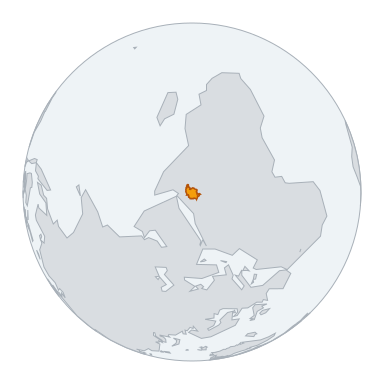 globe centered on Amhara, rotated 180°
{"feature_id": "ETH-3109", "entity_name": "Amhara", "entity_type": "Administrative State", "adm_level": 1, "iso_a3": "ETH", "parent_name": "Ethiopia", "parent_adm1": "", "projection": "orthographic", "projection_center": [38.049, 11.266], "detail": "fine", "context": "on_globe", "style": "filled", "palette": "amber", "viewbox_px": 384, "rotation_deg": 180, "n_neighbors": 0, "source": "natural_earth", "source_scale": "10m", "svg_char_len": 11156}
<svg xmlns="http://www.w3.org/2000/svg" viewBox="0 0 384 384"><g transform="rotate(180 192 192)"><circle cx="192" cy="192" r="169" fill="#eef3f6" stroke="#a8b0b8"/><path d="M142.1,30.6L138.4,31.8L136.6,32.4L142.1,30.6ZM119.7,39.3L114.1,42.1L108.8,45.0L106.3,46.4L110.4,44.4L99.7,50.9L91.2,57.9L88.5,59.8L85.0,61.6L87.1,59.6L97.4,52.0L108.3,45.2L119.7,39.3ZM84.5,61.7L82.4,63.4L84.5,61.7ZM77.2,68.1L76.3,68.8L76.0,69.2L78.1,67.4L75.6,69.8L73.8,71.2L77.2,68.1ZM23.6,177.9L23.5,180.2L23.2,188.1L23.1,192.1L23.3,194.6L23.4,197.5L26.9,207.1L30.9,217.2L32.3,227.3L31.8,236.8L38.2,259.8L38.9,263.5L34.0,251.9L30.0,240.0L26.9,227.9L24.7,215.5L23.4,203.0L23.0,190.5L23.6,177.9ZM157.5,26.6L158.0,26.5L155.3,27.1L154.4,27.3L157.5,26.6ZM146.5,29.7L147.8,29.1L150.5,28.5L146.5,29.7ZM158.7,26.4L159.7,26.2L160.9,25.9L161.3,25.9L158.7,26.4ZM171.3,24.3L170.9,24.4L171.3,24.3ZM165.4,25.3L158.6,26.5L155.6,27.4L153.2,28.0L158.4,26.5L165.4,25.3ZM162.8,25.6L166.7,25.0L165.3,25.2L163.0,25.6L162.5,25.6L162.8,25.6ZM165.0,25.4L166.6,25.1L165.0,25.4L165.0,25.4ZM173.3,24.1L173.6,24.0L174.9,23.9L173.3,24.1ZM169.6,24.8L167.4,25.1L167.0,25.1L169.6,24.8ZM171.7,24.4L173.4,24.2L168.2,24.9L171.6,24.4L171.7,24.4ZM174.5,24.0L175.3,23.9L174.2,24.0L174.5,24.0ZM172.5,25.0L166.0,25.8L165.1,25.6L171.5,24.8L172.5,25.0ZM273.4,44.0L276.3,45.8L288.8,54.4L288.8,53.7L292.7,56.3L306.9,68.2L321.9,86.3L327.3,92.1L330.2,96.3L331.4,99.1L327.1,93.1L324.7,91.2L322.1,87.7L322.5,91.1L318.8,86.2L320.9,91.7L324.4,95.4L325.5,93.8L328.9,101.4L334.9,108.0L340.0,116.9L344.3,134.2L342.2,140.7L343.0,143.8L339.9,140.9L339.3,147.7L347.7,163.8L348.6,168.9L345.9,179.9L345.2,176.1L337.2,168.6L338.1,181.1L344.3,190.0L346.5,201.6L342.8,198.8L340.3,188.7L337.4,185.7L336.4,175.0L330.7,160.0L326.8,163.9L325.5,157.6L317.0,146.0L310.5,151.5L301.3,170.1L302.8,186.4L298.4,194.3L286.3,172.2L281.3,157.0L276.6,159.0L264.4,147.1L242.4,148.1L239.6,144.3L235.4,146.4L226.8,142.9L222.5,136.7L217.2,137.4L228.7,153.8L234.4,153.2L239.6,146.4L241.6,152.5L249.9,157.5L239.8,173.0L207.6,187.8L205.0,175.7L183.1,143.1L184.1,139.5L184.0,139.1L183.7,138.4L181.2,144.3L177.6,138.0L188.8,160.5L190.4,170.4L207.2,188.5L205.5,190.5L211.0,194.2L229.3,188.9L229.3,193.0L220.4,212.3L195.4,238.4L199.0,255.4L197.8,269.6L183.0,279.1L185.0,289.8L177.5,293.5L177.5,299.5L171.9,305.7L162.2,311.3L144.9,310.7L143.2,305.4L133.6,294.5L120.0,267.9L123.7,256.0L121.9,246.3L109.5,224.0L112.1,212.2L109.0,206.8L102.3,207.6L98.8,201.2L94.8,200.7L70.8,202.3L64.0,193.4L57.1,167.9L61.8,158.9L63.5,147.8L96.8,114.4L102.8,117.2L127.8,114.5L130.8,116.0L126.7,124.1L144.6,135.4L151.7,128.7L169.0,135.0L181.2,135.0L187.5,119.6L167.5,119.1L165.2,111.6L182.1,105.5L199.7,106.8L199.4,104.0L189.1,97.6L194.1,92.7L185.7,95.0L188.4,97.9L183.2,99.7L180.4,97.3L182.3,95.5L177.2,94.1L169.6,103.8L171.5,107.7L157.7,109.2L159.6,116.1L155.5,119.2L150.8,108.8L152.0,105.1L142.3,94.2L139.8,98.1L148.8,108.9L145.5,107.9L142.2,114.1L142.2,108.7L133.1,96.7L121.3,98.6L104.5,113.3L98.0,114.1L93.2,110.6L101.0,95.3L114.8,95.2L117.8,90.5L116.4,83.6L120.7,84.4L121.9,81.8L127.3,81.8L136.2,76.1L141.9,75.8L146.8,68.5L150.4,67.5L146.4,71.9L146.8,75.2L161.0,75.4L164.2,74.0L166.2,69.4L169.9,70.4L170.0,66.0L178.9,64.7L168.2,62.9L170.3,58.4L176.4,55.2L175.2,53.6L165.3,58.9L163.1,61.4L164.2,63.9L156.4,71.5L151.3,72.7L152.1,64.1L144.8,65.1L148.7,58.7L173.2,47.2L182.6,45.6L195.4,51.6L192.4,54.0L186.3,52.9L190.7,57.8L190.9,55.5L194.0,56.6L196.8,53.2L199.0,53.9L197.8,49.8L200.9,50.2L201.7,52.8L208.5,48.9L215.3,49.4L215.8,48.3L214.3,46.9L224.0,48.9L223.9,48.0L220.6,47.0L218.3,44.7L218.0,41.7L221.4,42.5L222.0,43.7L228.2,47.8L229.2,51.3L230.5,51.4L230.5,48.6L222.9,43.5L221.7,41.5L225.8,43.5L224.3,42.6L224.8,41.9L228.4,42.1L224.1,39.9L225.0,32.9L232.1,33.3L235.6,35.4L239.8,33.2L247.5,34.9L244.5,33.8L244.5,32.7L242.1,32.1L240.7,31.6L239.5,29.9L241.4,30.4L257.8,36.4L273.4,44.0ZM84.2,131.9L83.1,135.1L84.2,131.9ZM217.9,116.6L228.8,117.1L224.8,107.7L228.6,107.3L225.9,104.4L224.4,107.0L217.7,99.4L222.8,96.7L221.9,92.9L218.2,92.6L210.1,98.9L219.6,109.5L216.7,113.4L217.9,116.6ZM78.1,67.2L77.4,67.9L76.7,68.5L77.9,67.4L78.1,67.2ZM80.1,67.2L76.1,71.1L78.5,68.5L76.7,69.7L79.7,66.2L87.4,60.7L83.4,63.6L80.1,67.2ZM85.8,60.6L83.0,63.0L85.7,60.7L85.8,60.6ZM123.0,69.2L124.3,70.8L121.5,73.6L114.4,75.4L118.3,71.2L123.0,69.2ZM126.8,72.6L129.7,64.4L134.2,63.5L131.2,65.3L133.9,65.5L129.8,68.6L131.3,76.2L129.0,79.3L117.0,80.0L122.2,77.9L120.6,76.2L126.8,72.6ZM128.9,49.7L130.2,47.4L138.4,48.1L136.3,50.3L129.0,51.8L127.2,50.2L128.9,49.7ZM132.5,34.0L132.4,33.9L133.8,33.4L134.9,33.1L132.5,34.0ZM127.1,36.0L126.9,36.1L131.0,34.6L133.2,33.8L140.9,31.0L145.0,29.7L151.2,28.0L151.5,28.0L153.5,27.5L152.9,27.7L149.9,28.4L151.2,28.2L146.4,29.5L146.9,29.5L134.0,34.1L133.3,34.1L126.6,37.4L122.1,38.9L126.6,36.6L118.2,40.6L120.5,39.2L114.9,42.0L125.4,36.7L126.3,36.3L127.1,36.0ZM173.7,29.8L170.5,29.4L172.3,31.4L167.5,31.7L168.0,31.9L164.1,32.9L160.3,34.7L158.3,34.6L157.6,35.4L155.0,36.2L153.5,37.3L149.3,37.8L147.1,39.2L146.4,38.7L143.6,41.1L143.8,39.6L140.4,40.9L142.1,41.7L123.4,44.1L115.4,47.2L108.7,50.8L109.9,48.3L116.9,43.6L126.5,38.8L134.0,36.6L133.2,36.1L136.5,35.0L135.8,35.8L138.9,34.0L141.5,33.4L150.0,30.6L153.0,28.9L156.2,28.1L156.3,28.5L159.4,27.4L161.8,27.7L164.1,27.2L168.8,27.2L167.7,28.7L170.4,28.0L174.1,28.4L173.7,29.8ZM173.7,25.0L173.4,26.1L170.6,26.9L163.6,26.6L161.2,27.0L156.6,27.3L160.7,26.2L161.6,26.1L163.5,25.9L161.4,26.3L164.5,25.8L165.8,25.8L168.6,25.5L167.7,25.9L173.7,25.0ZM134.8,113.1L137.2,113.6L141.1,113.4L139.1,117.6L134.8,113.1ZM128.4,105.0L130.7,104.6L129.7,109.8L127.3,109.6L128.4,105.0ZM132.7,100.1L130.9,104.2L130.4,101.8L132.7,100.1ZM148.6,71.5L151.2,71.0L151.1,72.1L149.4,73.7L148.6,71.5ZM178.2,37.7L176.8,36.9L177.8,36.5L177.9,34.2L181.5,34.1L182.8,35.4L178.2,37.7ZM183.7,122.1L179.7,125.0L178.0,123.6L179.7,122.8L183.7,122.1ZM158.0,121.3L163.5,123.4L157.4,122.4L158.0,121.3ZM182.1,37.2L181.8,36.2L183.8,36.8L182.1,37.2ZM184.1,33.9L186.6,34.4L182.0,33.8L184.1,33.9ZM249.3,335.1L250.3,336.5L247.7,336.8L249.3,335.1ZM227.1,266.6L216.1,291.4L208.0,291.8L206.2,284.7L210.1,269.8L219.4,265.2L223.9,258.2L227.1,266.6ZM356.5,224.7L357.1,224.8L356.9,225.6L356.5,224.7ZM356.1,222.6L357.0,222.1L355.6,224.4L356.1,222.6ZM357.3,222.0L358.2,219.8L358.6,218.3L358.3,219.9L357.3,222.0ZM355.3,223.1L349.5,225.5L346.8,224.4L347.8,221.3L352.3,220.4L355.3,223.1ZM347.6,221.3L342.8,214.9L333.4,194.0L336.9,193.6L346.1,205.2L345.6,207.8L348.5,213.2L347.6,221.3ZM357.5,202.9L356.9,210.4L354.1,211.1L352.6,210.6L351.7,201.6L352.2,196.6L353.6,196.2L356.7,178.2L358.2,181.4L357.7,188.8L358.8,194.6L357.5,202.9ZM303.6,187.9L307.7,197.1L305.1,199.1L303.6,187.9ZM356.3,166.4L356.2,174.0L355.8,164.1L356.3,166.4ZM355.2,157.4L356.0,160.8L354.8,157.7L355.2,157.4ZM344.5,148.4L343.1,149.8L342.3,147.4L343.5,144.3L344.5,148.4ZM343.8,124.6L346.6,131.5L347.4,133.9L345.4,130.0L343.8,124.6ZM212.2,37.8L207.9,40.8L207.3,43.6L210.6,45.9L204.1,44.3L205.1,40.0L212.2,37.8ZM223.0,33.3L220.1,31.8L222.5,32.0L223.5,32.3L223.0,33.3ZM220.4,32.7L214.7,32.0L213.8,30.9L218.5,31.7L220.4,32.7ZM198.4,33.7L196.9,34.5L195.3,33.9L198.4,33.7ZM329.7,289.8L328.2,291.9L328.2,291.3L331.7,286.2L338.7,272.5L339.1,272.5L343.3,262.9L349.8,251.7L354.9,236.8L351.4,248.0L347.1,259.0L342.0,269.7L336.2,280.0L329.7,289.8ZM358.8,218.7L357.7,224.1L359.0,217.5L359.1,217.2L358.8,218.7ZM360.7,201.6L360.6,203.6L360.6,202.4L360.7,201.6ZM359.4,195.8L359.6,200.2L360.4,196.5L359.8,201.3L359.8,208.3L359.4,211.4L359.5,203.7L358.7,212.3L358.3,212.5L358.5,205.4L359.2,196.3L359.6,192.3L360.7,189.5L359.4,195.8ZM361.0,193.5L360.9,189.4L360.8,185.8L360.9,187.3L361.0,193.5ZM360.0,177.4L358.9,171.9L358.7,174.8L358.3,165.4L359.6,172.1L360.0,177.4ZM357.8,164.7L357.7,167.3L357.3,162.0L357.8,164.7ZM357.2,165.4L356.4,161.3L356.9,161.5L357.2,165.4ZM358.1,164.7L356.7,157.6L357.7,161.5L358.1,164.7ZM354.0,152.4L356.5,158.3L354.7,156.5L350.9,143.4L351.4,142.6L354.0,152.4ZM333.6,100.1L331.5,96.9L330.9,95.8L332.6,98.3L333.6,100.1ZM329.6,93.9L330.0,94.6L332.1,98.2L333.1,99.5L336.6,105.3L333.2,100.4L329.2,93.8L328.3,92.1L324.9,87.6L329.6,93.9ZM297.4,59.9L290.1,54.5L287.3,52.5L290.5,54.7L297.4,59.9ZM239.3,31.3L237.6,30.6L239.0,30.8L239.3,31.3ZM233.5,29.0L233.1,29.2L232.1,28.6L233.5,29.0ZM232.5,29.9L232.3,29.1L234.5,30.4L232.5,29.9Z" fill="#d9dde1" stroke="#a8b0b8" stroke-width="1"/><path d="M186.4,187.8L186.4,187.7L186.5,187.7L186.5,187.4L186.5,187.2L186.4,187.1L186.5,187.0L186.5,186.9L186.8,185.8L187.2,185.2L187.3,184.9L187.4,184.6L187.6,185.1L188.1,185.2L188.5,185.5L189.1,185.8L189.2,185.7L189.4,185.6L189.5,185.6L189.8,185.7L189.8,185.8L190.4,185.8L190.5,185.8L190.9,185.6L191.0,185.5L191.1,185.3L191.1,185.2L191.5,185.3L191.9,185.5L192.0,185.5L192.2,185.4L192.3,185.3L192.5,185.4L192.9,185.3L193.0,185.3L193.1,185.2L193.3,185.3L193.2,185.5L193.4,185.5L193.5,185.4L193.8,185.4L193.8,185.5L194.0,185.8L194.6,186.4L194.7,186.5L194.8,186.8L195.0,186.9L195.3,186.8L195.4,187.0L195.5,187.2L195.5,187.3L195.5,187.5L195.3,187.9L195.3,188.0L195.4,188.4L195.4,188.7L195.5,188.8L195.6,189.0L195.8,188.9L196.3,188.9L196.3,189.0L196.6,188.9L196.8,188.9L197.0,188.9L196.9,189.0L197.0,189.2L197.0,189.3L197.0,189.5L197.1,189.9L197.2,190.0L197.3,190.0L197.3,190.3L197.3,190.5L197.5,190.8L197.6,191.1L197.8,191.3L197.8,191.6L197.9,191.8L198.0,191.9L198.1,192.1L198.2,192.3L198.2,192.5L198.0,192.9L198.1,193.0L198.1,193.3L198.0,193.5L198.1,193.8L198.1,194.0L198.2,194.3L198.1,194.5L198.1,194.8L198.0,195.0L198.0,195.3L197.9,195.4L197.7,195.4L197.6,195.5L197.8,195.7L197.9,195.8L197.9,196.0L197.7,196.3L197.8,196.4L197.7,196.5L197.4,196.4L197.2,196.5L197.4,196.9L197.4,197.0L197.3,197.3L197.2,197.4L197.1,197.5L197.3,197.7L197.4,197.9L197.3,198.0L197.2,198.1L197.1,198.3L197.0,199.0L196.9,199.1L196.6,199.2L196.5,199.3L196.4,199.4L196.2,199.3L196.1,199.2L195.8,199.3L195.7,199.3L195.6,199.1L195.6,198.8L195.8,198.4L195.8,198.2L195.6,198.2L195.5,197.9L195.9,197.8L196.1,197.7L196.1,197.4L195.9,197.3L195.7,197.3L195.7,197.2L195.4,196.8L195.1,196.7L194.5,196.6L194.4,196.5L194.3,196.4L194.2,196.2L194.2,195.9L193.8,195.7L194.0,195.5L194.2,195.4L194.4,194.8L194.4,194.7L194.0,194.6L193.3,194.6L193.2,195.0L193.1,195.3L192.9,195.4L192.7,195.4L192.5,195.5L192.4,195.6L192.2,195.6L191.8,195.8L191.7,195.9L191.5,196.0L191.3,196.1L191.2,196.2L190.7,196.0L190.7,195.9L190.5,195.7L190.2,195.6L189.9,195.7L189.7,195.4L189.5,195.2L189.3,195.0L189.2,194.9L188.7,194.8L188.6,194.7L188.4,194.7L188.2,194.6L187.8,194.6L187.7,194.6L187.6,194.4L187.3,194.4L187.2,194.3L187.1,194.2L187.0,193.9L187.2,193.4L187.0,193.5L187.0,193.4L187.0,193.1L187.2,192.9L187.3,192.8L187.4,192.7L187.5,192.5L187.4,192.4L187.4,192.2L187.5,192.0L187.5,191.9L187.4,191.6L187.3,191.4L187.2,191.0L187.1,190.9L187.1,190.6L187.1,190.4L186.9,190.5L186.6,190.7L186.6,190.8L186.5,190.7L186.4,190.6L186.4,190.4L186.2,190.1L186.0,189.9L185.9,189.8L185.7,189.8L185.7,189.7L185.4,189.7L185.3,189.9L185.3,190.0L184.9,190.3L184.7,190.4L184.4,190.4L184.2,190.3L184.0,190.0L183.9,189.9L184.0,189.9L184.1,189.7L184.2,189.4L184.3,189.3L184.4,189.2L184.5,189.0L185.0,188.1L185.2,187.9L185.3,187.8L186.2,187.7L186.3,187.7L186.4,187.8Z" fill="#f59e0b" stroke="#b45309" stroke-width="1.5"/></g></svg>